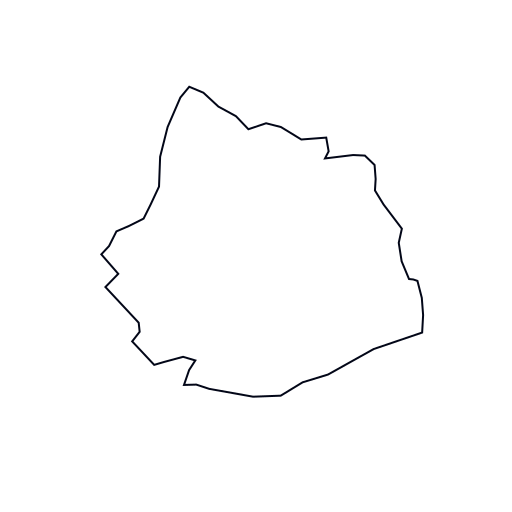 the border of Kyenjojo, rotated 137°
{"feature_id": "UGA-3107", "entity_name": "Kyenjojo", "entity_type": "District", "adm_level": 1, "iso_a3": "UGA", "parent_name": "Uganda", "parent_adm1": "", "projection": "albers", "projection_center": [30.656, 0.613], "detail": "fine", "context": "isolated", "style": "outline", "palette": "ink", "viewbox_px": 512, "rotation_deg": 137, "n_neighbors": 0, "source": "natural_earth", "source_scale": "10m", "svg_char_len": 824}
<svg xmlns="http://www.w3.org/2000/svg" viewBox="0 0 512 512"><g transform="rotate(137 256 256)"><path d="M139.0,280.3L116.1,263.6L107.9,255.2L107.2,241.7L116.0,230.7L124.3,222.8L127.6,206.6L130.7,176.5L142.6,168.3L153.1,152.8L159.8,134.8L157.0,131.6L154.9,127.7L163.3,112.3L174.1,98.8L186.7,86.7L233.4,107.7L284.2,120.2L308.0,131.8L333.2,137.0L354.1,155.1L380.8,190.7L387.4,202.7L396.6,210.8L382.7,218.2L371.6,221.0L378.1,232.0L395.5,241.2L404.7,245.8L404.8,278.0L392.8,279.9L387.3,287.2L387.3,336.0L368.9,336.9L368.0,362.7L356.7,363.5L341.3,369.2L328.4,364.6L312.7,360.0L298.0,365.5L279.6,372.9L258.4,394.0L232.7,410.6L203.2,423.5L189.4,425.3L183.1,411.3L181.6,390.9L175.3,371.9L175.1,353.9L158.1,346.2L149.8,333.3L143.4,310.3L123.9,294.7L131.5,283.0L139.0,280.3Z" fill="none" stroke="#020617" stroke-width="2"/></g></svg>